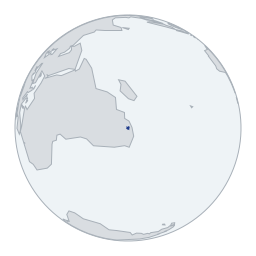 Thaba-Tseka on an orthographic globe, rotated 297°
{"feature_id": "LSO-1215", "entity_name": "Thaba-Tseka", "entity_type": "District", "adm_level": 1, "iso_a3": "LSO", "parent_name": "Lesotho", "parent_adm1": "", "projection": "orthographic", "projection_center": [28.641, -29.5], "detail": "medium", "context": "on_globe", "style": "filled", "palette": "blue", "viewbox_px": 256, "rotation_deg": 297, "n_neighbors": 0, "source": "natural_earth", "source_scale": "10m", "svg_char_len": 4908}
<svg xmlns="http://www.w3.org/2000/svg" viewBox="0 0 256 256"><g transform="rotate(297 128 128)"><circle cx="128" cy="128" r="113" fill="#eef3f6" stroke="#a8b0b8"/><path d="M16.3,113.6L17.4,111.2L17.6,114.1L17.3,117.4L18.1,116.2L18.2,117.9L23.2,112.7L27.3,113.0L28.2,119.1L26.8,129.3L30.1,146.7L28.7,157.3L31.5,164.5L35.9,177.4L34.6,180.3L38.2,183.3L40.2,187.7L40.3,190.2L43.1,193.4L43.3,195.1L45.1,195.8L49.5,202.0L53.1,204.0L57.4,208.7L59.7,209.6L59.8,210.3L61.0,211.7L62.5,212.6L61.0,213.5L55.9,210.6L53.0,208.0L53.1,208.7L46.4,202.2L48.0,204.2L40.3,196.6L34.4,188.8L23.2,169.1L22.2,166.5L19.4,158.0L17.4,149.3L16.0,140.4L15.4,131.5L15.5,122.5L16.3,113.6ZM64.8,212.6L61.8,213.8L62.9,212.9L60.2,210.2L63.0,210.1L64.8,212.6ZM58.4,205.0L57.4,202.6L58.1,202.6L59.0,204.3L58.4,205.0ZM118.3,15.8L114.1,16.5L110.7,17.0L110.1,16.8L118.3,15.8ZM231.3,83.1L231.4,83.3L236.1,96.5L236.8,99.3L236.3,100.6L235.9,98.3L231.9,88.1L232.9,94.1L235.9,103.6L237.1,112.0L235.4,106.8L234.1,99.4L232.7,95.6L231.8,90.1L228.3,80.0L226.5,78.8L225.5,75.7L220.4,66.7L217.2,65.0L213.0,68.1L214.4,76.2L212.1,78.3L204.4,63.2L200.9,55.1L198.2,54.4L190.3,46.3L176.8,41.6L174.8,39.6L172.3,39.7L166.7,37.0L163.7,34.1L160.3,33.7L168.5,41.5L172.0,42.2L174.9,40.4L176.5,43.2L181.9,46.9L176.2,51.6L156.2,54.2L154.1,48.2L138.4,33.2L138.8,31.9L138.7,31.7L137.2,33.6L134.4,31.2L142.9,40.4L144.4,44.8L155.9,54.6L154.8,55.4L158.5,57.8L170.1,57.4L170.2,59.5L164.8,68.5L148.6,81.6L150.7,93.0L149.5,103.0L139.3,109.3L140.2,117.8L135.0,120.7L134.6,125.8L130.4,131.2L123.3,136.8L111.4,137.8L110.7,133.0L104.7,124.6L96.5,105.3L99.5,96.1L98.4,89.7L89.8,77.7L91.7,70.3L89.3,67.9L84.6,69.7L81.9,67.0L79.0,67.7L61.0,76.2L55.6,74.3L49.3,66.0L52.6,60.1L53.3,55.5L76.1,33.6L80.8,32.6L98.7,26.9L100.9,26.8L98.6,29.7L111.9,31.3L116.3,28.6L128.5,30.1L136.6,30.2L139.8,25.4L126.4,25.0L124.3,22.9L135.1,21.3L146.8,22.5L146.4,21.8L139.1,19.7L141.9,19.0L136.6,19.0L138.6,19.7L135.4,20.0L133.3,19.4L134.3,19.0L130.8,18.7L126.6,20.8L128.2,21.8L119.0,22.6L120.8,24.3L118.3,25.4L114.2,22.9L114.7,21.9L107.0,20.5L105.6,21.5L112.8,23.0L110.5,23.1L108.7,25.0L108.3,23.6L100.8,22.1L92.5,24.5L81.8,31.2L77.0,33.2L73.1,34.0L77.3,29.2L87.5,25.3L89.1,24.0L87.2,23.7L90.5,22.8L91.0,22.3L94.9,21.2L100.6,19.2L104.5,18.3L107.0,17.4L109.4,17.0L107.2,17.5L107.9,17.6L117.8,16.4L119.7,16.1L120.5,15.8L123.2,15.7L122.7,15.5L128.5,15.4L124.5,15.4L132.4,15.4L140.3,16.0L148.1,17.2L155.8,18.8L163.4,21.1L170.8,23.8L178.0,27.1L184.9,30.8L191.6,35.0L198.0,39.7L204.0,44.9L209.6,50.4L214.9,56.3L219.7,62.6L224.0,69.1L227.9,76.0L231.3,83.1ZM68.2,42.1L67.5,43.4L68.2,42.1ZM159.3,27.1L166.3,28.8L163.0,25.6L165.4,26.1L163.4,25.0L162.7,25.4L157.8,22.7L160.8,22.8L159.8,21.9L157.4,21.3L152.8,21.6L159.9,25.3L158.3,26.0L159.3,27.1ZM90.1,21.9L91.2,21.6L89.6,22.2L84.5,24.1L86.8,23.2L88.8,22.4L90.1,21.9ZM95.5,20.1L94.8,20.4L97.1,20.0L95.8,20.6L87.2,23.4L90.7,22.0L89.3,22.4L93.3,20.9L93.7,20.7L95.5,20.1ZM103.5,25.5L105.2,25.4L107.9,24.9L106.8,26.2L103.5,25.5ZM98.2,24.5L99.8,24.1L99.6,25.4L97.8,25.7L98.2,24.5ZM100.8,22.8L99.9,23.9L99.4,23.5L100.8,22.8ZM108.7,17.2L110.4,16.9L110.5,17.0L109.5,17.2L108.7,17.2ZM137.5,26.0L135.0,26.8L133.8,26.3L134.9,26.1L137.5,26.0ZM120.1,25.9L124.0,26.4L119.8,26.3L120.1,25.9ZM176.1,173.6L176.4,176.0L174.9,175.5L176.1,173.6ZM168.4,104.1L160.3,121.6L155.1,120.9L154.3,115.1L157.5,104.1L163.6,102.0L166.7,97.7L168.4,104.1ZM239.1,144.6L238.9,147.0L238.8,147.4L239.1,144.6ZM239.4,140.9L239.3,143.3L239.2,141.6L239.4,140.9ZM239.3,144.2L239.2,145.6L239.2,145.9L239.1,146.7L239.3,144.2ZM239.3,139.5L237.8,131.4L236.8,127.0L237.4,126.0L238.9,131.5L239.3,139.5ZM237.3,125.7L235.4,116.4L230.9,96.8L232.6,99.1L236.9,113.6L236.7,114.7L237.8,121.2L237.3,125.7ZM240.6,127.2L240.5,128.5L240.3,132.5L239.7,127.6L239.3,124.9L239.0,118.0L239.2,115.9L239.6,117.6L239.9,115.5L240.6,127.2ZM214.9,77.3L217.4,83.8L215.9,83.6L214.9,77.3ZM201.8,213.1L199.6,214.9L200.5,214.1L204.7,210.4L202.3,212.7L201.8,213.1ZM207.6,207.7L210.3,204.8L215.6,198.7L215.4,198.7L217.3,196.5L216.2,197.6L219.4,193.4L221.7,189.6L220.2,183.8L221.0,180.2L223.2,177.9L228.7,166.6L228.7,167.6L231.7,161.1L234.0,163.0L236.4,158.7L235.9,160.4L233.3,167.9L230.3,175.2L226.7,182.3L222.6,189.2L218.0,195.7L213.0,201.9L207.6,207.7ZM238.4,150.2L238.5,150.0L238.5,149.8L238.4,150.2ZM240.3,136.5L240.1,139.2L240.1,137.9L240.5,132.9L240.6,130.8L240.3,136.5Z" fill="#d9dde1" stroke="#a8b0b8" stroke-width="1"/><path d="M129.1,128.1L129.1,128.3L128.9,128.3L128.8,128.5L128.7,128.5L128.4,128.7L128.2,128.6L127.9,128.5L127.7,128.6L127.4,128.8L127.4,128.7L127.3,128.4L127.2,128.4L127.1,128.0L127.1,127.9L127.2,127.7L127.3,127.6L127.4,127.4L127.4,127.2L127.5,127.2L127.5,127.3L127.6,127.5L127.8,127.6L128.0,127.7L127.9,127.6L128.0,127.5L128.1,127.4L128.1,127.5L128.3,127.7L128.3,127.9L128.2,127.9L128.2,128.0L128.3,128.0L128.5,128.0L128.8,128.0L129.0,128.1L129.1,128.1Z" fill="#3b82f6" stroke="#1e3a8a" stroke-width="1.5"/></g></svg>